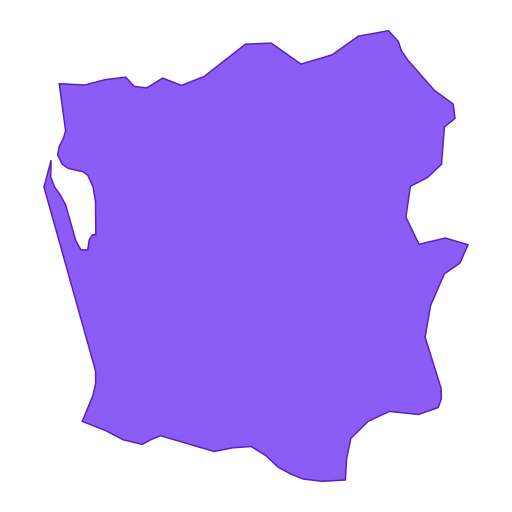 map outline of Gampaha (orthographic projection)
{"feature_id": "LKA-2471", "entity_name": "Gampaha", "entity_type": "District", "adm_level": 1, "iso_a3": "LKA", "parent_name": "Sri Lanka", "parent_adm1": "", "projection": "orthographic", "projection_center": [79.983, 7.117], "detail": "fine", "context": "isolated", "style": "filled", "palette": "violet", "viewbox_px": 512, "rotation_deg": 0, "n_neighbors": 0, "source": "natural_earth", "source_scale": "10m", "svg_char_len": 1101}
<svg xmlns="http://www.w3.org/2000/svg" viewBox="0 0 512 512"><path d="M82.2,421.4L92.9,395.7L95.7,383.3L95.5,370.7L44.0,187.1L51.1,160.2L50.7,176.8L54.7,187.2L60.5,195.3L65.6,204.8L75.9,241.1L81.0,249.9L87.7,249.9L89.3,239.5L92.3,235.1L95.1,234.4L95.8,235.0L95.5,201.8L95.5,201.6L93.1,187.1L87.7,175.1L82.6,171.6L68.4,168.5L62.1,164.2L61.4,162.7L57.6,154.9L59.3,146.3L63.4,138.3L65.6,130.6L59.2,83.7L84.9,85.0L104.9,79.7L125.7,77.1L134.1,86.4L146.8,87.9L162.6,78.1L181.4,85.4L204.3,76.4L245.4,44.2L271.2,43.1L301.0,64.1L332.1,54.8L358.5,36.1L388.5,30.7L398.3,41.5L401.3,50.7L407.5,59.7L434.3,90.3L453.2,104.1L455.0,118.5L444.4,126.9L441.5,164.3L427.5,177.5L410.4,186.3L405.9,217.1L419.0,244.3L445.3,238.0L468.0,244.7L459.9,263.1L444.3,273.9L430.6,305.5L425.1,337.1L441.2,388.7L441.4,398.6L438.2,407.5L418.5,414.5L389.4,411.4L368.1,421.3L350.9,438.3L346.6,458.8L345.4,480.0L322.2,481.3L303.1,479.0L290.7,474.0L278.4,467.4L265.7,455.5L251.1,446.5L232.7,447.8L214.1,451.5L160.5,435.7L150.7,439.7L142.3,444.4L123.2,439.8L105.4,430.5L82.2,421.4Z" fill="#8b5cf6" stroke="#5b21b6" stroke-width="1.5"/></svg>